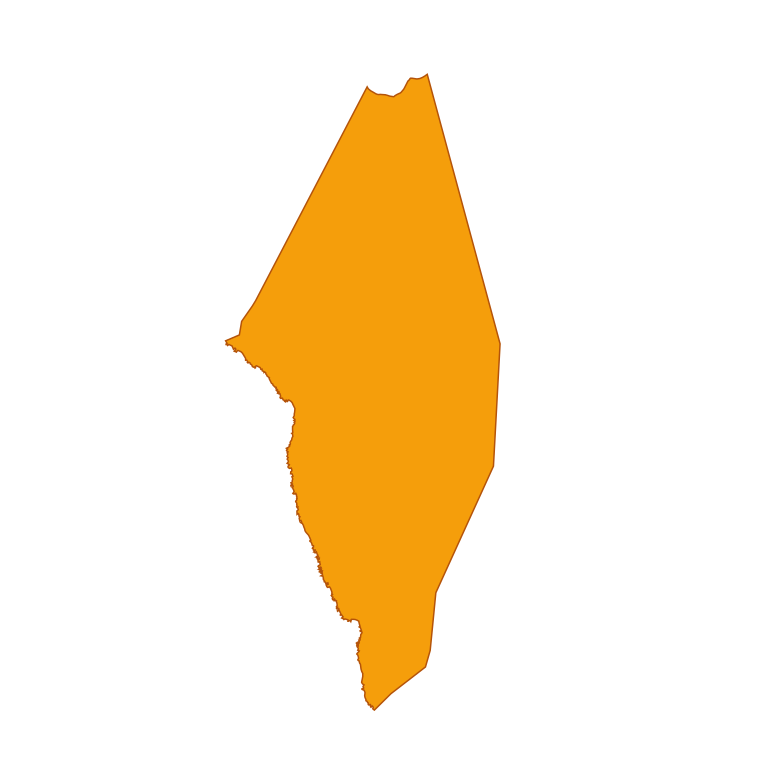 the district of Mbadjini Ouest, Andjazîdja, Comoros, rotated 26°
{"feature_id": "10938185B5285365051467", "entity_name": "Mbadjini Ouest", "entity_type": "district", "adm_level": 2, "iso_a3": "COM", "parent_name": "Comoros", "parent_adm1": "Andjazîdja", "projection": "mercator", "projection_center": [43.399, -11.847], "detail": "fine", "context": "isolated", "style": "filled", "palette": "amber", "viewbox_px": 768, "rotation_deg": 26, "n_neighbors": 0, "source": "geoboundaries", "source_scale": "gbopen_adm2", "svg_char_len": 6149}
<svg xmlns="http://www.w3.org/2000/svg" viewBox="0 0 768 768"><g transform="rotate(26 384 384)"><path d="M222.7,414.6L225.1,416.2L224.5,417.4L224.8,417.8L225.8,417.4L226.6,417.9L227.2,416.5L230.7,416.4L232.4,417.8L233.5,418.8L234.3,417.1L234.9,417.1L235.6,417.8L235.1,420.2L236.4,420.0L237.3,420.1L237.7,418.2L238.1,417.8L241.3,417.7L243.2,418.3L248.3,421.6L249.2,423.3L250.1,422.7L250.9,423.2L251.6,423.5L251.7,424.5L252.5,424.7L253.3,423.7L254.6,423.9L255.1,424.6L256.4,424.7L257.3,425.2L258.0,426.0L259.3,426.1L260.0,425.5L260.6,425.7L261.1,426.2L261.4,425.7L261.0,425.0L261.0,424.1L261.2,423.6L262.1,423.5L265.5,423.5L266.9,424.8L267.9,424.1L268.7,425.5L270.5,425.5L271.1,426.3L271.5,425.5L272.7,425.7L273.5,426.8L274.7,427.3L275.2,428.0L278.3,428.7L278.4,429.5L282.6,432.7L284.0,432.8L284.8,433.7L286.3,434.2L287.2,434.6L288.1,434.2L288.6,434.3L288.8,435.4L290.7,435.8L290.7,436.2L290.0,436.8L291.2,437.2L291.9,437.9L292.6,436.8L293.3,437.3L292.5,438.9L293.9,438.9L294.7,438.4L296.4,440.2L296.4,441.6L297.2,442.2L297.5,441.7L298.3,441.8L299.0,441.3L300.3,442.5L302.0,442.4L302.2,443.1L303.4,443.2L303.2,441.4L304.8,442.1L305.0,441.7L304.8,440.7L305.4,440.1L307.7,440.3L309.6,441.0L311.1,442.3L314.7,445.1L315.7,447.6L316.2,449.1L316.4,450.1L317.2,451.8L317.1,454.0L318.8,454.8L319.4,454.8L319.7,455.5L319.1,456.3L320.3,456.5L320.4,457.0L320.1,457.9L320.9,458.3L320.9,459.0L321.0,459.8L320.5,460.6L320.7,461.4L320.4,462.2L321.8,465.1L323.3,467.7L323.3,468.2L322.7,468.8L323.9,469.3L325.0,471.0L325.0,473.0L325.5,474.6L325.2,476.7L325.2,477.6L325.4,478.0L326.1,478.8L326.1,479.4L325.5,480.1L325.6,480.6L326.4,480.9L326.4,481.3L325.8,482.8L324.5,484.5L325.9,484.7L325.7,485.3L325.4,486.0L325.5,486.5L326.3,486.9L327.5,487.0L327.5,487.7L327.1,488.1L327.1,488.3L328.0,489.0L328.5,489.8L328.5,491.6L330.1,492.1L329.9,493.2L329.9,494.0L330.4,494.3L331.1,494.5L332.0,495.5L332.1,495.8L331.7,497.8L332.6,497.8L333.5,498.0L334.3,498.0L334.3,498.7L333.9,499.5L333.9,500.2L334.1,500.7L334.7,501.1L335.5,501.2L336.0,501.3L336.4,501.1L337.5,500.2L338.3,500.9L339.1,502.1L339.2,503.0L338.7,503.8L339.4,505.6L340.8,505.1L342.6,506.8L341.9,507.8L343.2,508.8L343.7,509.8L343.9,511.2L344.3,511.8L344.3,513.2L343.7,513.6L343.9,513.8L345.5,514.0L345.5,514.6L344.7,515.6L344.7,516.0L345.3,516.6L346.1,515.0L346.5,515.1L347.3,516.0L346.9,517.4L347.7,517.6L348.5,518.4L349.3,518.9L350.4,520.2L350.2,521.0L350.1,522.4L351.4,522.4L352.6,520.9L353.0,521.2L353.0,521.7L353.9,521.9L354.5,523.1L355.0,523.3L355.6,524.6L356.0,524.8L356.0,525.1L355.8,525.6L356.4,526.3L356.4,527.1L356.0,527.8L356.2,528.5L357.6,529.2L358.3,530.1L358.4,530.6L359.1,531.4L359.2,532.5L360.0,533.1L360.6,532.5L360.7,533.2L362.0,534.4L362.0,534.8L361.4,536.3L363.0,539.3L363.6,538.1L364.3,538.3L365.8,540.3L366.6,540.2L366.6,541.8L368.4,544.1L369.2,543.1L370.5,544.2L369.9,545.1L371.8,545.2L373.5,546.4L374.6,547.6L376.1,548.9L377.1,550.2L377.5,550.6L378.2,551.1L379.4,551.7L382.1,552.8L383.1,553.4L384.9,554.9L386.7,556.5L386.1,557.4L386.2,557.7L387.0,558.0L388.0,558.1L389.4,559.5L390.3,560.5L391.5,560.3L392.1,561.5L391.6,562.4L391.7,563.1L392.4,563.0L393.4,564.2L394.9,563.3L395.1,563.6L394.5,565.8L395.4,565.6L396.1,566.0L396.8,564.5L398.5,566.2L399.2,566.5L399.7,567.0L399.1,568.6L400.2,567.7L400.7,567.9L400.7,568.9L399.5,569.1L399.6,569.7L400.5,569.9L400.9,570.6L401.7,570.5L402.3,569.1L402.6,569.8L401.9,571.1L402.1,571.8L403.0,572.9L404.1,571.9L404.6,572.7L405.9,574.3L404.7,576.1L404.7,576.9L405.7,577.2L406.2,577.8L407.3,576.3L407.9,576.4L407.9,577.4L406.8,579.0L407.1,578.9L408.9,577.9L409.1,578.8L407.9,580.6L408.3,581.2L410.5,579.2L410.7,580.6L410.1,581.6L410.5,581.7L411.4,581.1L412.4,582.6L411.5,584.0L413.3,583.5L414.8,585.3L414.8,585.8L415.5,586.5L416.3,586.8L417.1,587.4L417.0,587.9L418.1,587.9L419.1,588.8L420.7,587.3L421.6,588.4L420.1,590.0L421.6,591.3L422.6,591.5L424.0,590.2L425.5,591.1L427.3,592.8L428.4,593.9L429.0,595.1L429.1,595.6L430.0,595.7L430.0,595.9L429.3,597.2L431.0,598.1L431.6,598.0L431.6,599.6L432.4,600.3L433.7,598.9L434.4,599.4L433.6,600.2L434.1,600.7L435.6,599.7L436.3,599.7L436.4,600.4L437.5,601.3L439.0,603.4L438.9,605.2L439.3,605.4L440.2,605.0L440.4,605.6L439.7,606.5L440.0,606.8L441.8,605.8L442.1,606.5L441.5,608.3L442.0,608.6L442.7,606.8L446.2,609.7L445.9,610.7L446.1,610.9L447.1,610.1L449.2,611.2L448.6,612.9L449.6,612.9L450.1,612.7L451.2,613.3L451.9,612.3L455.0,611.7L455.3,611.9L455.5,613.0L455.9,612.9L457.1,611.4L458.3,612.1L457.9,609.8L459.5,609.0L461.3,608.3L463.2,608.1L465.2,608.2L466.9,610.3L468.5,612.1L468.1,613.1L468.4,613.4L469.1,612.9L471.6,615.3L470.7,616.3L471.2,616.8L472.2,616.2L473.1,616.8L473.3,618.4L472.9,619.1L474.0,622.2L473.2,623.1L473.4,623.4L474.2,623.5L474.7,624.5L473.6,625.2L474.6,626.3L473.5,627.7L475.1,627.6L475.1,628.2L473.0,629.2L473.9,630.0L475.0,629.3L475.4,630.1L474.3,631.2L474.7,631.6L475.7,631.3L475.6,632.3L476.2,632.4L477.1,633.4L477.1,634.8L478.8,634.8L478.7,635.6L478.0,637.7L477.9,638.6L479.5,639.3L481.1,641.2L481.4,641.7L481.4,643.4L482.0,643.8L483.0,643.8L484.4,645.5L484.8,645.7L485.7,646.3L488.2,650.1L488.6,650.6L489.8,651.9L490.5,652.5L491.9,653.6L492.5,655.0L493.0,655.8L493.6,658.0L494.6,661.8L494.9,662.2L496.3,663.0L497.9,663.2L497.8,665.1L497.9,665.4L498.5,665.6L499.0,666.2L498.9,666.6L497.8,667.8L498.1,668.1L500.5,668.0L501.6,669.1L502.2,669.6L503.3,672.7L504.4,674.1L506.1,675.5L506.6,676.6L508.0,676.7L508.9,677.5L509.4,677.4L510.0,678.2L510.2,678.8L510.6,679.1L511.3,679.1L511.9,678.1L512.4,678.1L513.2,679.5L513.4,680.0L514.0,680.2L514.5,678.6L515.2,678.7L516.2,679.5L516.2,680.6L516.6,681.0L518.3,681.3L526.0,659.3L545.3,620.2L542.3,603.2L522.1,548.9L518.4,409.9L470.7,297.0L287.1,86.7L285.7,89.3L284.1,91.7L282.3,93.7L279.9,95.4L275.4,96.8L273.8,97.5L273.5,98.1L273.5,99.1L273.1,100.2L272.8,100.9L272.7,101.8L272.6,108.4L272.5,110.4L271.5,114.4L271.0,115.4L270.2,116.3L268.9,117.9L267.5,120.0L267.0,121.3L266.6,121.6L263.1,122.7L260.2,123.1L258.3,123.5L256.6,124.2L253.8,125.3L252.1,126.3L250.5,126.7L249.2,126.7L246.7,126.5L243.5,126.3L240.5,125.6L238.6,124.3L232.1,365.3L231.5,371.6L228.6,390.1L232.5,403.3L222.7,414.6Z" fill="#f59e0b" stroke="#b45309" stroke-width="1.5"/></g></svg>